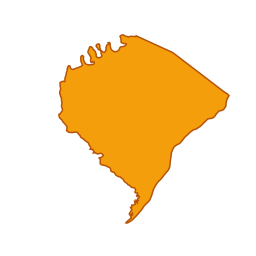 the district of Matias Cardoso, Minas Gerais, Brazil, rotated 204°
{"feature_id": "56859067B84292172755302", "entity_name": "Matias Cardoso", "entity_type": "district", "adm_level": 2, "iso_a3": "BRA", "parent_name": "Brazil", "parent_adm1": "Minas Gerais", "projection": "mercator", "projection_center": [-43.736, -14.838], "detail": "fine", "context": "isolated", "style": "filled", "palette": "amber", "viewbox_px": 256, "rotation_deg": 204, "n_neighbors": 0, "source": "geoboundaries", "source_scale": "gbopen_adm2", "svg_char_len": 5221}
<svg xmlns="http://www.w3.org/2000/svg" viewBox="0 0 256 256"><g transform="rotate(204 128 128)"><path d="M142.2,89.1L141.6,88.5L140.4,87.9L139.3,84.8L138.6,84.0L137.5,83.6L132.9,84.5L130.9,84.3L128.7,84.4L127.6,83.7L126.7,82.9L126.1,81.7L124.9,81.5L122.4,81.7L121.4,81.0L119.9,80.0L117.0,79.7L115.1,80.1L114.0,79.7L111.4,79.1L110.3,78.1L108.9,77.4L107.6,77.2L106.3,77.0L105.2,76.2L103.0,76.2L101.9,75.6L100.1,75.3L98.3,75.8L97.1,75.7L95.9,74.7L95.6,72.2L94.7,71.8L93.0,72.6L92.5,71.2L92.6,69.6L91.8,69.1L90.9,70.6L90.2,69.9L89.4,69.3L90.3,67.6L90.2,66.7L89.4,66.1L91.2,65.3L89.3,64.6L88.9,63.4L90.4,63.9L92.2,63.8L91.5,62.7L90.4,61.5L91.4,60.1L92.1,59.4L93.1,59.3L92.4,57.3L93.4,56.5L92.4,55.7L91.4,55.3L91.6,52.2L92.0,50.6L91.5,49.5L90.4,49.2L89.7,50.4L89.3,51.9L88.6,50.7L89.6,48.5L88.4,47.3L89.1,46.0L89.8,44.2L90.9,42.1L91.3,40.5L90.0,40.9L89.0,42.1L88.0,43.6L87.3,44.8L86.8,45.5L86.4,46.4L86.1,47.3L85.7,48.3L85.4,49.2L85.0,50.2L84.6,51.2L84.3,52.3L84.0,53.2L83.5,54.7L83.2,56.0L82.9,56.9L82.6,57.9L82.3,59.0L82.1,60.0L81.9,61.0L81.8,62.0L81.6,63.2L81.1,64.6L80.7,65.7L80.2,66.9L79.7,68.1L79.2,69.6L78.9,70.8L78.8,72.1L78.9,73.7L78.9,75.2L79.0,76.2L79.1,77.3L79.3,78.6L79.5,80.0L79.6,81.3L79.7,82.4L79.7,83.5L79.6,84.5L79.5,85.5L79.4,87.0L79.2,88.1L79.0,89.3L78.7,90.6L78.4,91.7L77.8,93.0L77.3,94.2L76.9,95.6L76.4,97.3L76.1,98.6L75.9,99.6L75.7,100.5L75.3,101.9L74.8,103.3L74.4,104.8L74.0,106.2L74.0,108.2L74.2,110.0L74.7,111.5L75.2,112.9L75.8,114.6L76.1,115.9L76.5,117.1L76.9,118.6L77.3,120.0L77.6,121.1L77.9,122.0L78.3,123.2L78.4,125.8L78.4,127.2L78.3,128.2L78.1,129.5L77.7,130.7L77.1,131.6L76.6,132.4L76.0,133.2L75.2,134.0L74.5,135.0L74.1,136.0L73.6,137.6L73.3,138.9L73.0,139.8L72.8,140.9L72.5,142.2L72.2,143.2L71.8,144.0L71.3,145.0L70.9,146.0L70.5,147.0L70.0,148.2L69.5,149.3L68.8,150.7L68.2,151.7L67.7,152.6L67.1,153.3L66.1,154.1L65.0,155.2L64.4,156.1L63.7,157.3L62.9,158.5L62.2,159.9L61.6,161.2L61.3,162.3L61.0,163.3L60.5,164.3L60.0,165.4L59.7,166.4L59.2,167.7L58.6,168.8L57.6,169.6L56.7,170.1L55.7,170.7L54.9,171.5L54.2,172.2L53.8,173.1L53.4,174.2L53.2,175.5L53.0,176.9L52.6,178.1L52.2,179.3L51.8,180.5L50.6,181.4L49.3,182.3L48.8,183.0L48.2,183.8L47.9,185.3L47.7,186.5L47.5,187.5L47.7,188.5L48.1,189.4L48.5,190.5L48.8,192.1L49.1,193.4L49.2,194.4L49.2,195.8L49.0,197.1L48.9,198.7L50.2,199.1L51.0,199.6L54.3,200.0L55.8,200.3L87.5,207.9L112.7,213.9L118.0,215.1L138.0,215.3L146.6,215.4L147.7,215.4L158.1,215.5L158.1,214.6L162.4,213.1L163.6,212.3L164.3,211.5L165.2,211.3L166.5,211.1L167.8,210.9L168.7,210.9L169.6,211.1L170.5,211.0L171.3,210.6L172.1,209.6L172.6,208.5L171.4,207.3L170.3,206.0L169.7,204.7L169.3,203.6L168.4,203.3L167.2,203.3L166.2,203.5L164.8,204.0L163.7,204.0L163.6,203.0L164.2,201.8L164.9,201.0L165.7,200.4L166.8,199.6L167.8,198.9L168.1,197.8L168.0,196.5L168.1,195.2L168.7,194.0L169.8,193.1L170.8,192.4L172.2,192.2L173.6,192.3L174.9,192.9L176.0,193.5L176.8,194.7L177.6,195.7L178.3,196.9L178.8,198.1L179.8,198.5L180.9,197.8L179.9,196.9L180.5,195.8L181.1,195.1L181.0,194.1L180.9,192.9L180.4,191.6L179.8,190.3L179.9,188.5L180.6,187.3L181.6,187.3L182.5,187.5L183.5,187.8L184.5,187.7L183.7,186.7L183.1,185.4L182.2,184.4L181.3,183.4L181.3,181.9L182.0,181.2L182.9,180.4L184.2,180.0L185.3,180.1L186.5,180.9L186.9,182.2L187.9,183.3L188.7,184.4L189.7,184.9L190.9,185.4L191.9,185.8L192.9,186.6L193.8,186.9L194.7,187.2L195.7,186.9L196.0,185.9L195.7,184.6L195.8,183.2L195.7,181.6L195.0,180.4L193.9,179.8L192.4,178.7L191.1,177.9L190.2,176.8L190.0,175.5L189.6,174.4L189.0,173.4L188.1,172.9L187.2,173.6L186.9,174.6L185.8,174.5L185.2,173.8L185.1,172.8L186.0,171.7L186.9,171.2L187.7,170.7L188.7,170.0L190.2,169.6L191.4,169.3L192.8,169.4L194.1,170.2L195.3,171.2L196.1,171.9L196.9,173.0L197.2,174.3L197.8,175.3L199.1,175.7L199.8,175.0L200.0,173.7L199.3,172.1L198.6,170.7L197.7,169.3L196.4,168.2L195.2,166.9L195.8,165.3L196.7,164.4L197.6,163.6L198.2,162.7L199.2,162.0L200.2,161.0L201.0,160.2L201.8,159.4L202.6,158.9L203.9,158.9L205.2,159.4L205.6,160.2L206.3,161.0L207.4,160.9L207.8,160.0L207.8,158.5L207.5,157.0L206.9,155.8L206.9,154.6L206.8,153.2L206.3,152.0L206.1,151.1L206.1,150.0L206.0,148.8L205.7,147.3L204.8,145.9L204.8,144.5L205.9,144.5L206.8,143.9L207.7,142.9L208.5,142.1L208.1,140.6L207.4,139.6L207.0,138.5L206.3,137.7L205.5,136.5L205.2,135.4L205.2,134.0L204.7,132.4L204.1,131.3L203.3,130.7L202.7,129.9L202.0,129.0L200.8,128.2L200.3,126.8L199.7,125.6L198.8,124.6L198.3,123.2L198.0,122.3L197.8,121.2L196.6,119.6L195.5,118.6L195.1,117.3L195.8,113.1L196.7,112.5L195.8,110.7L194.7,109.5L191.9,108.5L190.7,107.8L189.4,106.8L188.2,106.5L187.0,105.9L184.3,104.5L183.6,103.0L183.1,100.8L182.1,100.2L180.4,100.1L179.3,100.3L176.7,101.3L174.9,102.7L173.0,103.3L172.1,103.2L170.1,102.0L168.8,101.7L167.5,100.3L164.9,100.0L162.3,99.1L159.9,98.6L158.6,98.5L156.3,96.5L154.5,95.4L153.7,94.3L154.0,93.2L152.4,93.6L151.3,94.2L150.6,93.2L149.5,92.7L149.6,91.1L147.9,92.1L146.7,91.8L145.1,92.0L142.8,93.8L141.0,93.8L139.4,93.1L139.7,91.8L140.3,90.4L141.3,89.8L142.2,89.1ZM184.5,187.7L185.5,189.0L186.4,190.0L186.9,190.9L187.3,191.8L188.0,192.7L188.9,192.9L189.9,192.3L190.6,191.2L190.6,190.2L189.9,189.4L188.7,188.9L187.9,188.5L187.0,187.7L185.5,187.6L184.5,187.7Z" fill="#f59e0b" stroke="#b45309" stroke-width="1.5"/></g></svg>